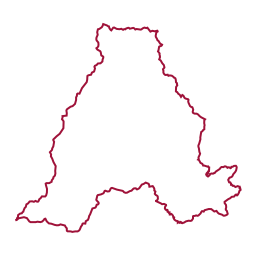 Galyani Vadhana, Chiang Mai, Thailand (Natural Earth projection)
{"feature_id": "78962969B83448610007189", "entity_name": "Galyani Vadhana", "entity_type": "district", "adm_level": 2, "iso_a3": "THA", "parent_name": "Thailand", "parent_adm1": "Chiang Mai", "projection": "natural_earth1", "projection_center": [98.331, 19.015], "detail": "fine", "context": "isolated", "style": "outline", "palette": "rose", "viewbox_px": 256, "rotation_deg": 0, "n_neighbors": 0, "source": "geoboundaries", "source_scale": "gbopen_adm2", "svg_char_len": 5825}
<svg xmlns="http://www.w3.org/2000/svg" viewBox="0 0 256 256"><path d="M205.1,119.3L201.2,117.3L199.6,116.1L198.0,114.4L196.7,113.7L194.4,113.6L192.9,112.7L192.7,111.8L193.2,109.7L192.6,107.8L192.3,107.2L191.3,107.0L190.0,106.0L188.5,102.7L188.2,101.4L188.5,99.8L188.2,99.3L185.4,98.5L184.5,97.8L183.4,95.7L182.3,95.0L181.0,96.9L179.7,94.7L178.3,93.8L177.2,92.1L176.5,91.9L175.9,91.3L176.1,87.0L177.3,85.2L176.9,84.1L177.0,83.3L176.0,82.2L175.8,79.9L175.4,78.4L174.5,77.7L174.1,77.7L173.2,76.7L171.8,75.7L169.8,75.4L168.4,75.8L167.7,74.7L165.7,75.0L165.0,74.8L163.9,73.7L163.4,72.6L163.4,70.4L163.1,69.9L163.0,69.2L164.4,67.6L164.4,67.2L163.8,65.0L162.3,63.3L160.7,60.5L159.2,59.4L160.0,57.2L159.9,55.9L159.5,54.6L159.6,53.4L158.0,51.4L158.5,50.2L159.1,46.8L159.5,46.4L160.8,46.1L161.8,45.4L162.1,44.7L160.2,43.7L158.4,40.8L157.5,40.3L157.0,38.9L155.8,36.8L155.7,35.7L156.3,32.6L156.8,32.0L157.6,31.6L157.7,31.3L157.3,30.7L154.7,31.3L152.4,30.8L150.4,31.6L147.4,27.7L146.3,28.1L144.4,27.6L142.8,28.3L141.4,29.4L140.6,29.6L136.6,29.0L135.3,29.5L134.2,28.3L133.2,27.9L129.8,28.7L128.9,27.9L128.2,27.8L126.1,28.5L125.4,29.3L124.2,29.1L123.1,29.8L121.3,28.8L119.4,29.2L116.7,28.9L114.1,27.5L113.2,27.7L111.3,30.4L110.8,30.1L109.5,28.4L108.9,26.4L108.1,26.3L106.9,25.4L103.2,24.1L102.7,25.7L101.8,27.2L99.4,28.9L97.9,29.3L97.2,32.2L97.7,34.8L96.5,37.5L96.3,39.1L96.6,40.4L98.3,42.5L98.5,44.6L98.3,46.2L97.5,47.4L96.4,48.2L96.5,48.5L97.4,49.6L100.2,51.2L100.7,52.1L101.3,55.4L103.2,56.6L103.3,57.7L102.6,59.5L102.4,61.5L100.5,63.3L97.9,63.5L96.6,65.0L94.9,65.8L94.4,66.8L95.0,68.4L94.1,71.5L91.9,72.6L91.1,74.7L88.3,75.3L87.4,76.0L87.2,79.8L86.7,82.1L82.0,88.1L79.5,93.7L77.8,93.5L77.1,94.0L76.8,96.1L76.1,97.3L76.1,100.0L75.0,103.9L72.6,106.1L70.6,106.7L67.2,109.1L66.7,109.7L66.4,110.6L66.8,113.2L66.6,115.6L62.5,116.1L62.6,117.3L62.0,119.2L63.3,120.8L63.6,121.6L63.4,128.2L59.7,133.8L56.6,136.3L53.3,139.5L53.3,140.2L54.1,141.8L53.3,146.4L52.2,148.5L52.1,149.6L51.7,150.3L49.9,152.2L51.1,154.4L50.9,156.3L52.2,158.6L53.5,162.1L55.7,166.1L55.2,170.9L55.4,173.4L54.9,175.6L53.4,177.2L53.2,178.5L51.8,180.3L51.6,181.8L49.2,183.1L46.5,183.1L45.7,183.6L45.9,185.0L47.0,188.9L46.9,192.6L46.1,195.5L45.1,196.5L41.9,196.4L40.6,198.2L39.3,199.2L38.6,201.0L37.9,201.7L36.9,201.6L35.5,200.9L33.9,201.8L32.1,201.3L29.6,201.5L28.1,203.4L26.4,204.4L25.8,206.9L24.6,208.1L23.7,210.3L23.3,211.7L22.6,212.1L21.8,213.3L20.1,213.6L18.1,215.1L18.0,217.0L17.2,217.9L16.7,219.6L15.4,220.3L16.7,220.0L18.6,218.3L24.0,217.2L26.9,218.1L29.3,221.4L30.5,222.1L35.8,222.1L37.4,221.7L40.5,222.1L42.1,221.6L43.7,220.1L44.5,218.9L45.4,218.7L46.7,221.3L48.9,223.4L51.3,223.7L54.7,224.9L56.8,225.3L58.7,225.2L60.5,224.4L64.9,225.5L65.8,227.2L66.8,228.3L66.8,230.3L66.9,230.8L67.6,231.3L70.8,231.4L72.3,231.9L75.2,231.4L77.7,231.4L79.2,230.4L79.8,229.5L81.0,226.6L82.1,225.1L82.5,223.8L83.1,223.4L85.3,223.6L85.8,221.2L88.0,219.8L88.8,217.7L89.1,216.1L90.1,214.4L92.4,208.5L95.4,207.6L96.0,206.7L96.7,204.7L97.8,204.5L98.6,203.7L98.7,203.1L98.4,202.3L96.6,200.4L96.3,199.8L97.3,195.7L97.8,195.1L101.0,194.4L103.2,193.4L103.8,192.8L104.6,191.0L105.2,190.7L107.6,191.5L109.1,191.3L109.8,190.6L110.6,188.7L111.4,188.0L112.1,187.9L116.9,189.6L122.4,190.8L123.2,191.2L124.0,192.2L125.5,192.8L127.0,192.7L129.9,191.1L131.5,190.7L133.1,189.0L134.0,188.4L135.8,188.3L136.7,189.3L137.4,189.3L139.2,188.3L141.8,184.6L143.7,183.9L145.7,182.6L148.6,183.8L149.1,184.9L149.4,186.7L152.7,186.1L153.9,187.8L154.4,189.1L154.3,190.5L155.4,191.5L154.8,193.8L155.7,194.9L157.1,195.7L157.7,196.4L157.9,198.6L157.6,199.6L157.0,200.3L156.0,200.8L156.0,201.1L160.9,203.4L162.1,204.2L164.0,203.9L166.0,204.8L166.1,205.4L165.0,207.0L164.9,208.5L165.5,209.5L166.6,210.3L166.6,209.8L167.4,209.9L167.7,210.6L167.7,211.8L168.2,211.9L168.9,212.9L169.4,212.6L169.4,213.5L170.0,213.7L169.9,214.5L170.3,214.5L171.0,213.8L171.5,214.0L172.9,215.5L173.2,216.7L174.2,217.4L174.1,217.9L173.6,218.1L174.4,219.6L175.8,220.7L177.6,221.1L177.7,222.5L178.4,221.9L179.6,222.5L179.6,222.8L180.2,222.7L180.4,221.9L181.0,222.1L181.9,222.7L181.9,223.1L182.2,223.2L184.2,222.5L185.9,221.4L188.6,220.7L190.5,220.9L191.6,220.6L193.0,218.6L193.0,216.4L193.3,216.0L194.9,215.9L196.1,215.4L197.4,215.8L198.4,215.5L200.6,213.4L201.2,212.1L202.1,211.1L203.7,211.6L204.6,210.2L208.8,209.0L211.3,209.1L214.3,211.5L216.5,210.9L217.7,212.6L218.8,213.6L222.1,214.7L223.5,215.7L224.5,215.7L225.8,215.3L227.3,214.5L227.7,213.8L226.9,211.0L225.8,209.7L225.8,208.6L226.1,207.9L226.2,207.0L226.0,205.0L224.6,203.0L224.6,201.8L228.5,199.0L229.9,198.4L231.8,196.8L234.0,196.6L235.6,194.7L236.3,194.6L236.6,195.3L237.1,195.4L237.9,194.6L239.0,192.5L239.3,191.1L240.6,189.9L240.4,188.9L239.7,188.5L240.1,187.8L239.7,186.7L239.1,186.8L237.8,186.1L235.4,187.0L234.5,186.3L234.0,186.1L233.7,185.7L232.6,185.8L232.0,184.9L231.0,184.8L231.1,183.6L230.7,183.3L230.3,182.4L229.1,182.3L228.2,179.9L229.1,178.2L229.7,177.6L230.4,177.5L231.9,176.7L232.6,175.8L233.2,174.3L235.2,172.0L236.1,170.4L236.4,169.0L236.7,167.6L236.5,166.6L235.9,165.8L234.0,165.9L232.6,166.8L231.5,166.8L230.9,168.0L230.4,168.2L229.6,167.5L228.4,167.3L227.4,167.8L226.7,166.9L225.5,166.4L224.5,166.4L223.5,167.1L221.6,167.0L220.6,167.7L219.7,169.0L215.8,171.6L214.6,173.1L213.6,173.2L213.0,173.7L211.5,173.5L210.2,174.0L209.6,175.2L208.0,176.5L206.6,175.5L206.2,174.4L207.1,174.3L207.6,173.9L207.0,172.9L207.5,172.4L208.3,172.6L208.2,171.4L209.0,171.1L209.2,167.4L208.4,167.1L208.1,166.4L207.1,166.5L204.0,165.5L203.2,165.6L202.3,163.8L200.5,162.9L198.9,159.9L198.1,159.6L198.7,158.8L198.5,157.3L199.7,154.8L200.1,153.6L199.4,151.9L198.9,148.3L198.4,146.7L198.4,145.5L199.2,143.6L200.4,139.3L200.3,137.5L201.2,132.0L202.5,131.1L203.1,130.1L204.3,129.3L204.3,126.6L204.6,125.2L204.2,123.2L204.3,120.3L205.1,119.3Z" fill="none" stroke="#9f1239" stroke-width="2"/></svg>